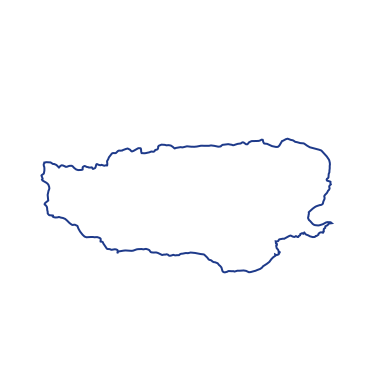 Machetá, Cundinamarca, Colombia (Albers equal-area conic projection), rotated 56°
{"feature_id": "7082276B57289019060192", "entity_name": "Machetá", "entity_type": "district", "adm_level": 2, "iso_a3": "COL", "parent_name": "Colombia", "parent_adm1": "Cundinamarca", "projection": "albers", "projection_center": [-73.613, 5.041], "detail": "fine", "context": "isolated", "style": "outline", "palette": "blue", "viewbox_px": 384, "rotation_deg": 56, "n_neighbors": 0, "source": "geoboundaries", "source_scale": "gbopen_adm2", "svg_char_len": 6065}
<svg xmlns="http://www.w3.org/2000/svg" viewBox="0 0 384 384"><g transform="rotate(56 192 192)"><path d="M296.0,93.6L294.6,94.0L292.7,96.6L292.2,97.9L291.9,101.4L290.9,104.8L290.3,106.1L288.3,108.5L287.4,109.2L285.9,109.8L282.0,110.3L280.6,110.7L278.7,110.4L277.8,109.8L277.3,109.1L276.1,108.1L275.6,107.4L274.1,106.5L274.0,106.1L273.3,101.2L273.2,98.6L273.3,97.2L273.6,95.9L274.3,93.4L274.8,92.5L275.0,91.6L275.0,90.7L274.8,90.0L273.3,88.4L271.9,86.1L271.1,85.4L269.4,84.7L269.2,84.2L268.8,83.4L268.2,80.6L267.0,78.4L266.8,77.2L266.2,76.2L265.8,75.8L264.5,75.4L264.0,75.0L263.6,74.2L263.3,72.6L262.2,72.4L261.0,71.5L260.5,71.7L258.2,73.6L257.9,73.7L257.1,73.5L256.6,72.8L256.5,71.3L256.2,70.7L253.5,68.6L252.5,67.1L251.0,66.0L249.4,64.6L247.3,63.2L246.5,62.4L245.0,61.5L242.7,60.6L241.7,60.4L237.9,60.4L230.4,61.5L229.6,61.8L227.9,63.1L220.8,69.3L217.9,70.7L214.7,71.9L214.0,72.4L212.0,74.9L209.6,76.9L208.1,78.4L206.0,79.2L205.2,79.8L204.1,80.9L201.3,82.9L200.7,84.7L200.4,88.0L200.1,88.8L202.4,93.7L202.6,95.5L202.1,96.5L201.4,97.4L198.7,100.0L194.1,102.8L192.3,104.9L191.9,105.1L190.6,105.0L188.3,104.2L187.7,104.8L187.5,105.2L187.4,106.5L187.2,107.4L186.8,108.4L183.1,114.2L182.7,116.9L183.3,118.8L183.3,119.6L182.6,120.5L179.9,121.5L179.3,122.0L179.0,122.6L179.0,124.5L177.6,127.3L176.5,131.2L176.1,131.9L174.9,132.8L174.2,133.6L172.6,135.2L170.0,140.3L170.0,141.9L170.2,142.3L170.2,142.8L169.7,143.9L169.0,145.0L166.3,147.6L164.0,150.2L163.2,152.1L158.6,158.8L157.0,162.6L155.8,164.8L154.2,167.1L151.3,170.6L150.0,174.2L149.6,175.1L148.4,176.4L146.4,180.9L146.3,181.8L146.1,182.1L143.8,182.7L141.8,183.5L141.1,184.1L140.0,185.3L139.0,187.1L137.7,188.2L135.7,190.8L135.1,193.7L135.3,194.3L135.4,194.6L136.6,195.5L137.1,196.2L137.3,196.8L137.1,197.8L136.7,198.7L136.7,199.2L137.1,200.0L137.2,201.1L136.9,201.7L135.7,203.1L135.2,205.3L133.9,208.6L133.2,209.9L131.6,212.0L130.2,211.6L128.3,210.5L127.5,210.2L127.0,210.2L125.9,211.6L125.6,212.4L125.2,217.6L124.8,219.1L123.7,219.6L122.4,219.7L121.8,220.0L120.0,221.0L119.4,222.6L118.6,225.9L118.6,226.6L117.9,227.9L116.8,229.5L116.6,230.8L116.8,231.3L117.1,233.4L116.8,234.0L115.6,235.6L115.4,236.2L115.3,236.9L116.8,241.5L118.0,243.2L118.6,244.5L119.0,245.2L121.5,246.6L122.5,247.5L122.4,247.8L121.9,248.0L121.7,248.5L121.4,249.4L121.1,250.1L118.9,251.8L118.7,252.7L118.5,253.1L117.3,254.2L115.8,255.1L115.6,255.4L115.6,255.7L115.8,256.1L117.6,258.2L117.9,258.8L117.9,259.3L117.6,260.9L117.3,261.3L115.8,261.2L115.4,261.5L114.9,262.6L114.1,263.8L113.6,264.0L112.4,265.2L110.6,266.3L110.3,266.7L110.2,267.9L110.3,268.6L110.9,269.3L111.9,269.8L112.2,270.2L112.1,270.7L111.7,271.6L110.2,274.1L108.6,275.4L106.3,276.2L103.9,276.6L103.0,277.1L102.0,278.6L101.6,279.6L101.1,281.7L100.5,282.6L100.2,282.9L99.5,283.0L98.5,283.8L97.9,284.1L97.0,285.1L96.8,286.4L97.3,288.6L93.8,289.3L91.7,290.6L91.1,291.5L90.6,291.8L88.4,292.7L85.8,296.1L85.0,298.0L85.6,298.3L85.9,299.2L86.3,299.6L87.4,300.2L88.7,300.5L90.1,301.3L91.8,302.5L93.8,304.5L93.9,304.8L94.0,307.3L94.2,307.6L97.5,308.4L97.7,308.6L97.8,309.4L98.4,309.5L98.9,309.5L102.8,307.6L104.3,307.1L105.7,307.0L107.7,307.5L109.2,308.2L110.2,309.3L110.6,310.1L113.7,313.3L118.7,316.0L119.0,319.8L119.6,321.0L120.1,321.1L121.2,320.7L122.9,320.6L124.3,321.1L126.0,322.1L127.9,322.8L128.8,323.5L129.9,323.6L131.1,323.4L131.6,323.1L133.4,320.8L133.8,320.4L134.1,320.5L134.1,320.9L134.4,321.2L134.8,321.1L135.9,320.4L136.9,319.3L138.0,317.3L138.2,316.5L138.6,316.0L139.7,315.2L141.4,313.5L143.4,312.2L145.6,311.6L149.2,310.9L151.2,310.2L152.3,309.7L152.7,309.2L153.2,308.0L153.8,307.3L156.0,306.0L156.8,306.1L157.6,306.4L159.5,306.7L162.3,306.9L166.3,306.6L168.9,306.0L170.5,304.8L172.7,301.1L173.8,299.4L175.1,298.0L175.8,296.7L176.5,295.7L178.5,294.2L179.6,293.9L180.0,294.1L181.0,294.7L181.4,295.2L181.9,295.5L182.2,295.3L182.8,294.5L183.3,294.2L183.8,294.0L185.0,294.3L191.3,294.3L192.0,293.9L193.4,292.1L194.5,291.4L195.0,290.9L196.3,288.0L197.1,287.1L197.8,286.6L198.4,286.3L198.8,286.3L200.2,287.2L201.1,288.3L200.2,286.6L200.3,286.0L202.3,281.6L203.2,279.9L207.0,275.0L207.7,273.6L208.6,270.0L209.1,268.9L211.0,265.8L212.4,264.3L213.2,262.4L213.6,261.8L215.1,260.6L216.3,259.9L217.6,259.9L218.7,259.8L219.3,259.4L220.5,258.0L222.1,255.5L223.4,254.4L227.5,252.0L228.2,250.3L228.9,249.3L229.5,247.8L230.7,246.9L231.5,246.8L232.2,246.4L232.6,245.8L233.1,244.6L233.6,242.7L235.0,241.5L235.6,240.6L235.9,239.8L236.5,239.1L237.1,238.0L236.9,237.0L237.1,235.6L237.9,234.2L239.0,231.5L239.9,230.2L240.4,229.7L241.4,227.0L244.3,223.5L248.2,219.6L250.1,217.4L250.4,217.1L251.2,216.8L253.5,216.3L255.0,216.0L257.2,215.9L258.0,215.5L259.1,214.5L260.0,214.1L261.1,213.9L262.5,213.0L263.1,212.2L265.4,210.6L267.8,210.4L269.1,210.0L271.0,209.8L274.4,210.9L275.3,210.9L276.2,210.5L277.0,209.7L277.8,207.4L277.9,206.1L278.1,205.7L279.7,203.6L280.9,201.8L281.6,201.4L281.8,201.1L282.6,198.5L283.7,196.9L285.9,193.1L287.6,191.3L290.3,189.7L290.9,188.7L291.3,187.8L292.5,184.2L292.8,183.5L293.1,181.8L293.9,178.4L293.8,176.1L293.3,174.7L293.4,170.1L293.2,167.0L292.0,163.6L291.5,161.1L291.5,158.6L290.3,158.0L291.4,157.4L291.9,156.3L292.0,155.7L292.1,155.0L291.9,154.6L291.1,154.3L291.3,153.4L291.2,153.1L290.8,152.9L290.0,153.5L288.9,153.1L287.9,152.9L286.0,153.2L283.9,152.4L283.6,152.2L283.5,151.4L282.7,150.7L281.7,151.2L279.7,150.2L280.4,149.4L280.8,148.2L280.7,147.6L280.4,147.2L280.1,146.1L281.6,142.6L282.3,141.8L282.8,136.3L283.1,134.9L283.4,134.5L285.3,133.4L286.0,132.8L286.6,132.1L286.7,130.5L288.4,129.6L288.6,129.3L288.7,129.0L288.2,128.1L288.3,126.6L287.5,125.8L287.4,125.6L287.6,124.8L287.7,123.8L287.8,123.6L288.8,123.2L288.4,121.6L288.7,121.5L289.7,121.6L291.1,121.2L292.9,119.9L294.7,119.0L296.9,117.1L297.9,115.4L297.7,114.0L298.0,113.7L298.1,113.0L298.1,111.1L297.3,110.3L297.2,108.7L297.5,107.7L298.5,106.4L298.9,106.3L299.0,106.1L298.4,105.5L298.5,105.1L298.5,104.9L298.1,104.6L297.3,104.3L297.0,103.8L296.5,103.5L296.3,103.1L296.2,101.6L295.4,101.0L295.0,100.5L295.3,98.3L294.8,96.4L294.8,96.0L296.0,93.6Z" fill="none" stroke="#1e3a8a" stroke-width="2"/></g></svg>